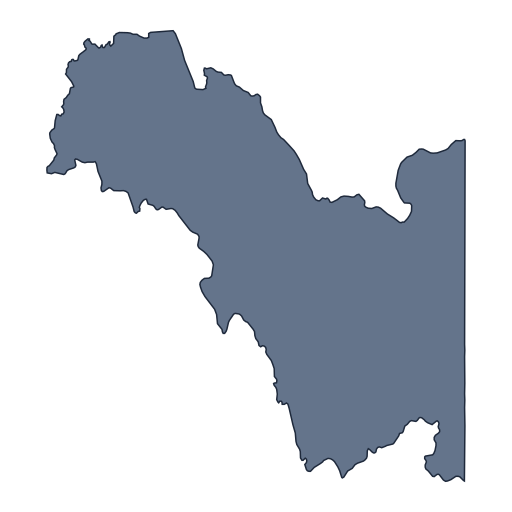 Sakania, Katanga, Democratic Republic of the Congo
{"feature_id": "63176286B52056185132037", "entity_name": "Sakania", "entity_type": "district", "adm_level": 2, "iso_a3": "COD", "parent_name": "Democratic Republic of the Congo", "parent_adm1": "Katanga", "projection": "equal_earth", "projection_center": [28.713, -12.599], "detail": "fine", "context": "isolated", "style": "filled", "palette": "slate", "viewbox_px": 512, "rotation_deg": 0, "n_neighbors": 0, "source": "geoboundaries", "source_scale": "gbopen_adm2", "svg_char_len": 5915}
<svg xmlns="http://www.w3.org/2000/svg" viewBox="0 0 512 512"><path d="M47.2,172.9L51.5,173.7L54.8,172.4L63.8,174.5L65.2,173.7L67.1,170.6L68.9,169.5L73.8,167.9L75.3,166.9L75.9,165.3L74.7,160.0L75.5,159.0L77.3,159.3L82.2,162.1L84.9,162.7L87.6,162.1L93.3,162.1L95.1,161.6L96.4,163.7L98.0,171.4L101.9,181.1L101.9,184.3L101.0,187.9L101.4,190.6L102.3,191.6L103.7,191.4L109.0,187.7L110.7,188.2L113.7,190.6L120.1,190.8L123.5,190.6L126.0,191.4L128.1,192.9L133.0,206.9L134.2,211.6L135.4,212.9L136.4,213.2L138.3,211.4L139.7,211.1L139.9,208.5L139.3,207.4L139.9,205.6L141.1,203.2L143.4,200.3L145.2,199.3L146.5,199.3L148.1,204.0L152.8,205.3L154.2,206.4L155.9,209.0L157.1,209.8L158.5,209.5L161.8,207.1L163.0,207.1L166.1,209.3L171.0,208.5L172.7,208.7L175.1,210.3L177.2,212.9L178.8,215.6L190.2,230.3L192.7,232.1L197.6,234.2L199.0,236.4L199.1,237.9L197.8,245.0L198.2,246.6L199.3,248.2L203.6,251.3L207.0,254.5L212.1,261.1L213.4,264.8L211.7,275.8L210.7,277.1L208.9,278.2L204.4,278.4L201.9,280.3L200.3,282.4L199.9,284.5L200.5,287.1L202.1,291.6L205.0,296.6L214.6,309.2L216.6,314.5L217.5,323.7L222.0,329.4L222.4,331.8L223.2,333.4L224.6,333.4L226.1,331.3L226.9,329.2L228.5,322.3L229.5,320.2L233.6,314.2L235.1,313.4L238.8,313.9L240.0,314.5L241.6,316.0L243.7,320.0L245.7,321.6L247.6,322.3L253.1,329.2L254.5,331.5L254.9,335.7L255.8,338.6L258.2,341.8L259.0,345.5L260.7,346.8L262.5,345.7L264.0,346.0L265.6,347.3L266.2,349.4L265.8,352.0L266.8,354.4L271.3,360.5L272.8,364.4L274.2,368.6L274.4,376.5L276.5,379.1L276.9,380.4L276.5,382.8L274.2,383.1L273.6,383.6L274.2,385.4L275.8,387.3L276.7,389.4L277.3,394.1L276.7,399.6L277.9,402.0L278.7,402.8L279.8,401.2L281.2,401.2L282.0,402.2L282.2,404.3L284.3,404.3L286.5,403.0L287.9,404.1L289.2,408.5L292.9,424.6L295.3,433.0L296.0,441.4L296.8,444.5L299.6,449.2L300.3,451.6L300.5,457.9L301.9,460.3L303.1,460.3L305.2,458.2L306.4,459.2L306.8,460.8L306.4,462.6L304.8,464.5L306.4,469.5L307.4,470.8L308.9,471.3L310.5,471.3L314.2,467.4L320.6,463.4L322.6,461.9L323.6,460.5L328.0,458.4L330.4,458.7L332.5,459.8L334.5,461.6L337.8,466.8L339.7,470.8L341.7,477.3L342.3,477.9L343.8,477.1L347.7,471.0L352.2,468.4L355.0,464.7L357.5,463.2L363.4,461.1L364.9,460.0L366.5,458.2L367.1,456.3L367.3,450.8L368.3,448.7L369.6,449.5L372.2,452.1L373.5,452.9L374.7,452.9L375.9,451.9L376.5,449.0L377.8,447.4L379.4,446.9L381.7,447.7L385.8,446.1L386.4,445.6L392.9,444.0L393.8,443.2L398.7,435.9L399.5,433.5L402.4,432.7L403.2,431.4L404.8,426.1L407.3,424.3L409.7,421.4L411.4,420.6L415.9,421.4L417.3,420.4L419.0,418.0L420.0,417.5L421.6,417.7L424.3,419.8L425.3,421.1L427.6,422.7L432.1,424.6L436.4,421.1L437.4,420.9L438.4,421.9L439.0,423.5L438.2,426.7L438.6,428.2L439.5,429.5L439.7,431.1L439.5,431.9L438.4,433.2L435.4,435.3L434.2,437.4L434.2,439.8L436.0,442.9L436.0,445.6L435.0,450.6L433.8,453.4L432.7,454.8L425.4,456.1L424.7,456.9L424.7,458.7L426.0,460.5L426.4,461.9L425.2,465.0L425.2,467.1L425.8,468.9L428.3,471.0L432.6,476.3L434.2,476.6L436.9,474.5L438.1,474.2L439.3,474.7L443.4,480.0L445.5,481.3L447.5,481.0L450.8,479.7L455.9,476.3L458.2,476.3L459.8,476.8L463.5,480.5L464.4,481.0L464.9,425.9L464.6,407.5L464.8,400.1L464.6,393.8L464.8,383.1L464.6,356.5L464.8,350.2L464.6,344.4L465.1,140.8L464.6,139.5L463.6,139.5L462.0,140.6L460.1,140.8L455.8,140.6L451.3,144.5L448.1,148.5L445.6,150.0L437.2,152.9L433.1,153.2L430.5,152.9L423.3,149.2L421.7,149.0L419.2,149.2L416.0,152.4L412.3,155.3L407.0,157.1L401.6,162.4L400.6,164.0L398.2,170.3L395.9,183.2L395.9,186.1L396.4,188.2L397.6,190.3L400.7,197.9L403.7,202.1L404.4,202.9L409.9,203.2L411.1,204.3L411.7,205.6L411.5,211.4L409.7,215.3L407.6,218.5L404.2,222.1L402.3,222.1L401.1,222.7L399.5,222.4L393.7,217.9L387.4,214.0L380.6,208.2L378.2,207.1L376.1,206.9L371.8,208.5L368.1,208.2L365.7,207.1L364.6,206.1L364.4,204.5L364.8,202.7L364.6,200.8L358.9,194.3L356.9,194.8L354.2,196.9L352.2,197.1L348.3,196.4L344.0,196.1L340.9,196.9L337.2,199.8L331.9,202.4L330.1,202.1L329.0,199.8L327.6,198.2L326.8,198.2L325.8,199.0L322.5,198.0L319.6,200.8L318.2,200.8L315.9,199.8L313.7,197.1L312.5,194.5L312.2,192.1L311.4,190.3L307.7,183.5L306.5,174.0L303.6,169.3L299.3,159.5L296.3,154.3L294.0,150.8L289.3,145.6L283.6,139.5L280.9,137.7L278.5,134.8L276.8,132.1L275.0,127.4L271.3,119.6L264.8,114.8L263.3,112.9L262.5,110.5L261.9,106.9L260.5,102.9L260.5,97.1L259.6,95.8L257.6,94.2L256.0,94.5L254.1,95.8L252.1,96.1L250.8,95.8L248.2,92.5L243.3,90.5L239.4,87.1L236.3,85.8L234.9,84.2L234.1,82.6L231.4,75.5L230.6,75.0L228.3,74.7L225.3,75.3L223.9,75.0L221.4,72.4L217.9,72.1L216.1,71.3L213.2,68.9L210.8,67.8L206.6,68.8L205.2,68.1L204.4,68.1L203.8,70.3L204.5,73.4L204.3,75.2L207.0,76.7L207.5,77.9L206.6,80.6L206.8,82.5L206.6,84.0L205.5,86.9L205.9,88.3L203.0,89.6L196.4,89.2L194.8,88.0L193.2,81.5L184.6,60.4L181.4,48.6L175.4,33.7L173.1,30.7L150.6,32.4L148.7,33.5L148.7,37.3L147.0,38.1L144.1,38.1L139.5,36.1L137.0,34.3L133.0,34.3L130.4,33.1L127.3,32.7L119.4,32.5L116.1,33.8L115.7,34.7L113.9,36.2L113.6,43.4L110.8,46.1L109.7,44.8L109.6,43.5L110.1,42.2L109.9,41.6L108.9,41.8L107.2,44.2L106.1,44.6L104.4,47.5L103.1,47.6L102.6,47.1L102.0,45.0L101.2,45.5L100.7,47.0L99.6,47.9L98.6,47.9L94.9,44.1L92.5,44.2L91.7,43.8L90.1,41.2L88.9,40.5L89.4,40.0L89.4,39.0L87.9,38.9L85.1,41.2L84.0,42.6L83.7,44.1L84.3,44.8L85.0,47.2L86.0,48.0L86.2,48.9L85.7,49.9L79.9,54.3L78.8,55.6L77.9,59.7L77.3,60.4L74.7,61.0L73.9,60.7L73.4,59.5L72.4,59.4L71.7,59.8L71.2,61.4L69.7,61.7L68.5,62.9L68.0,64.7L68.3,65.6L68.2,67.0L66.5,69.3L66.4,72.7L65.6,74.0L71.6,81.7L73.8,86.1L73.6,87.0L71.1,87.6L70.4,88.4L69.4,93.7L67.8,95.2L66.2,97.6L64.0,99.3L63.6,101.7L63.8,103.4L63.5,104.7L61.7,106.8L62.7,107.7L63.7,109.4L64.1,112.1L63.1,113.9L61.7,114.2L60.8,115.9L59.6,115.6L58.0,114.4L56.8,114.5L55.2,120.6L54.5,127.8L54.2,128.5L51.8,130.1L49.9,132.7L49.7,133.9L50.3,138.3L52.0,142.0L53.6,143.7L54.5,145.7L54.4,147.6L55.1,149.6L57.0,153.6L56.7,154.8L54.3,157.9L53.8,160.1L49.3,165.7L47.8,166.5L47.0,167.5L46.9,170.2L47.2,172.9Z" fill="#64748b" stroke="#1e293b" stroke-width="1.5"/></svg>